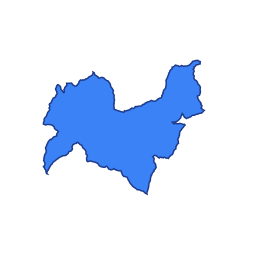 outline of Gran Chimu, La Libertad, Peru, rotated 336°
{"feature_id": "86281439B8302617209197", "entity_name": "Gran Chimu", "entity_type": "district", "adm_level": 2, "iso_a3": "PER", "parent_name": "Peru", "parent_adm1": "La Libertad", "projection": "robinson", "projection_center": [-78.617, -7.596], "detail": "fine", "context": "isolated", "style": "filled", "palette": "blue", "viewbox_px": 256, "rotation_deg": 336, "n_neighbors": 0, "source": "geoboundaries", "source_scale": "gbopen_adm2", "svg_char_len": 5843}
<svg xmlns="http://www.w3.org/2000/svg" viewBox="0 0 256 256"><g transform="rotate(336 128 128)"><path d="M77.1,140.9L77.1,141.7L77.6,142.4L80.5,142.9L82.3,144.7L83.5,145.3L85.8,147.8L86.3,149.5L86.3,150.5L87.2,152.0L89.8,154.0L90.8,154.5L92.5,154.1L93.0,154.2L93.8,157.8L94.7,158.5L95.3,159.3L97.4,159.7L98.8,159.4L99.2,160.5L99.8,161.3L102.1,163.3L103.7,163.9L104.3,164.5L103.9,166.1L104.1,166.9L103.9,167.5L104.0,169.2L104.5,170.6L105.6,171.2L106.7,172.1L107.0,172.6L107.2,173.5L107.1,175.7L107.3,176.6L107.5,179.2L108.8,183.7L109.3,184.5L110.3,185.9L111.4,188.2L113.1,189.0L114.4,190.6L115.5,191.3L116.3,192.2L116.9,193.5L117.2,194.4L118.5,196.1L119.1,194.4L119.9,193.8L122.8,190.3L124.7,187.0L125.3,186.3L126.2,185.9L127.1,184.8L128.4,182.6L129.6,181.2L129.8,180.6L130.5,180.6L130.7,180.1L131.2,179.8L131.6,179.4L133.5,178.2L133.9,178.2L134.4,177.9L134.5,177.2L135.0,176.9L136.1,176.6L136.7,175.9L137.4,175.8L137.6,175.5L137.8,175.2L137.8,173.8L138.2,173.4L138.4,172.4L138.2,171.0L137.7,169.9L138.0,169.5L138.1,168.5L138.8,167.8L138.9,167.4L139.5,166.6L139.2,164.8L139.0,164.4L139.6,164.4L140.3,163.8L141.1,163.8L141.8,164.1L142.9,165.5L144.0,167.6L144.6,167.8L144.6,168.1L145.7,167.8L146.4,168.2L146.9,168.8L147.7,169.2L148.0,169.6L148.7,169.4L149.5,169.6L150.5,171.0L151.9,171.5L152.4,172.2L154.0,171.2L156.1,170.4L157.9,170.2L161.3,166.8L163.2,166.6L163.9,165.2L164.1,164.5L164.8,164.3L165.3,163.7L166.7,162.8L168.0,162.4L168.1,161.5L168.7,160.1L168.8,158.4L170.7,157.2L171.1,156.3L172.1,155.6L172.5,154.5L173.9,152.5L174.9,151.7L175.9,151.5L177.0,150.6L179.3,149.6L180.1,148.9L181.2,148.7L181.3,148.1L181.2,147.7L179.7,147.0L177.4,144.9L175.8,144.7L172.9,143.0L171.7,142.9L170.9,140.8L172.9,141.3L173.9,142.0L176.1,141.7L178.0,141.1L180.4,140.0L181.4,138.6L182.7,137.9L183.4,136.9L183.8,138.0L183.9,140.9L185.2,143.1L186.5,143.0L187.4,143.3L188.7,143.1L190.0,143.3L191.1,142.8L192.2,142.6L193.6,143.3L196.2,143.3L197.3,143.7L199.1,143.7L201.4,144.3L204.8,142.9L204.3,142.5L202.8,139.5L203.9,138.8L204.6,137.7L204.2,135.4L204.8,135.0L204.7,134.3L204.0,132.0L204.0,130.2L203.7,129.6L204.2,128.4L204.2,127.3L204.3,127.1L206.6,127.1L207.8,126.0L208.3,125.1L208.9,124.4L209.5,122.2L210.7,120.2L210.6,118.0L210.0,116.8L209.9,115.8L210.0,113.9L209.7,112.7L208.5,110.8L208.4,110.3L208.8,108.4L209.7,107.4L209.4,106.4L209.4,105.6L210.1,104.3L211.5,103.1L211.6,102.4L211.4,100.8L212.5,100.6L212.9,99.2L213.9,99.3L215.9,98.1L217.8,98.6L219.5,98.6L219.9,98.8L221.0,96.7L219.9,95.7L219.3,94.6L216.9,93.8L215.4,93.8L214.4,93.4L213.9,93.5L213.0,94.3L210.9,95.0L209.6,95.5L208.0,95.4L207.2,95.5L205.5,94.6L203.8,94.2L203.5,93.8L202.3,92.7L200.6,92.9L199.8,92.7L198.9,91.3L198.0,90.8L196.8,89.8L194.9,90.6L193.8,90.7L193.1,90.3L192.5,91.8L190.9,92.1L189.5,92.8L188.8,93.8L187.4,94.6L186.5,96.1L185.5,96.8L184.0,98.4L182.3,99.7L181.9,100.3L181.7,101.4L180.9,103.1L179.9,104.9L178.2,107.2L176.7,107.6L175.4,108.6L174.9,109.5L174.3,109.9L174.3,110.4L174.0,110.9L173.3,111.1L172.6,112.0L172.1,112.1L171.5,113.3L170.4,114.0L168.9,113.6L167.8,113.7L167.2,113.6L166.7,114.0L165.2,114.3L164.5,114.6L164.0,114.6L162.4,114.0L160.5,112.3L158.2,112.5L156.1,112.1L155.4,112.5L154.7,112.2L153.6,112.3L152.8,113.0L151.5,112.5L151.1,112.7L150.6,112.6L150.2,113.0L149.3,113.3L148.3,113.1L146.5,112.3L144.8,112.2L144.4,111.7L143.5,111.4L143.0,111.5L142.5,112.1L140.9,112.4L140.6,112.4L140.2,111.7L139.5,111.3L138.8,111.6L137.9,111.5L137.3,112.1L136.8,112.1L135.8,111.8L135.1,111.9L134.5,111.6L132.9,111.6L131.8,110.8L131.0,111.7L130.6,111.9L127.8,109.9L126.6,108.6L125.8,108.1L123.3,105.5L122.9,104.8L123.7,103.7L123.9,102.3L124.7,101.0L124.7,100.3L125.3,100.0L126.1,98.1L127.1,96.9L127.3,96.2L127.3,95.1L128.6,92.6L128.7,91.9L128.4,90.1L129.1,88.9L129.8,88.2L129.9,87.0L129.6,86.4L129.7,85.4L129.1,84.0L129.6,80.6L129.6,79.4L129.2,78.4L129.0,76.9L128.1,76.2L127.5,75.4L126.7,73.9L126.5,72.9L126.3,72.5L125.2,71.4L124.2,70.9L122.3,70.9L121.5,70.3L121.4,69.9L121.4,69.1L119.3,65.9L119.6,63.7L118.8,62.7L118.6,63.5L117.7,64.5L116.8,65.1L116.0,65.4L112.5,65.5L111.5,66.3L109.2,66.0L108.3,66.4L107.9,66.2L107.0,66.2L106.2,65.6L105.1,65.6L104.1,64.8L103.4,65.2L102.9,65.3L101.7,66.2L101.3,66.9L100.4,67.5L99.5,67.7L99.0,68.3L98.0,68.5L96.7,68.3L96.4,68.0L95.1,66.0L94.8,64.2L94.5,63.9L92.6,63.3L90.1,62.2L89.4,64.4L89.0,64.6L88.4,64.5L86.5,65.5L85.8,66.5L85.1,66.9L84.6,68.9L84.2,69.5L83.8,69.5L83.4,69.2L83.0,67.0L82.4,65.5L83.1,63.1L83.0,62.4L82.1,60.4L81.6,59.9L81.2,59.9L79.9,60.6L79.0,61.8L77.8,62.7L77.6,63.4L77.7,65.2L77.1,68.1L75.7,68.7L74.4,70.1L73.7,70.3L71.9,70.3L70.5,71.3L70.2,71.8L69.0,72.5L68.5,73.2L67.5,73.9L66.7,73.8L65.8,74.3L65.5,74.8L65.5,76.2L64.8,77.2L64.2,77.4L64.0,77.7L64.1,78.6L63.9,79.4L63.1,80.1L61.2,81.0L58.0,84.2L57.0,84.5L55.3,85.4L54.8,86.1L54.4,87.3L53.0,88.7L52.3,90.0L54.1,91.8L56.0,92.0L58.0,93.1L60.0,94.7L61.0,96.8L60.7,98.2L61.0,99.6L61.7,100.8L62.2,101.2L62.9,102.9L61.4,103.8L60.3,104.7L59.8,106.2L56.1,106.0L53.4,107.4L52.8,106.9L52.3,106.8L49.5,108.1L48.7,109.0L47.6,109.7L47.3,110.2L46.7,110.5L46.2,111.4L45.6,111.7L44.5,112.7L44.1,115.5L42.6,117.6L41.7,118.0L40.8,119.0L40.4,119.2L40.1,120.1L39.1,120.9L38.6,122.4L37.8,123.2L37.8,125.2L37.6,127.1L37.4,127.6L36.2,128.5L35.3,128.7L35.0,128.9L35.5,130.2L35.4,131.7L35.7,132.4L35.7,133.4L35.3,134.5L35.1,136.0L35.1,136.5L35.6,137.0L35.5,136.5L36.0,135.1L38.0,134.0L39.2,132.9L42.9,130.2L44.1,130.0L44.6,129.4L46.0,128.7L49.2,128.0L50.0,127.6L52.1,127.5L52.8,126.9L56.1,127.0L56.7,126.7L59.4,127.6L60.9,127.6L61.4,127.3L62.7,127.0L64.3,125.7L65.0,125.6L66.4,125.9L68.2,125.1L68.8,124.5L69.1,122.3L70.0,121.9L70.5,121.1L70.9,120.8L73.6,120.7L74.5,121.0L75.9,120.3L76.3,120.7L76.5,121.6L76.9,121.8L77.5,123.7L78.7,125.0L78.7,127.8L79.8,130.1L80.1,132.3L79.0,134.7L79.2,135.5L79.9,136.3L78.5,138.1L77.8,138.8L77.1,140.9Z" fill="#3b82f6" stroke="#1e3a8a" stroke-width="1.5"/></g></svg>